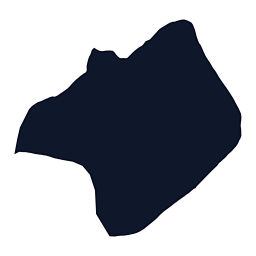 Jayshan, Abyan, Yemen
{"feature_id": "15242507B52959296866890", "entity_name": "Jayshan", "entity_type": "district", "adm_level": 2, "iso_a3": "YEM", "parent_name": "Yemen", "parent_adm1": "Abyan", "projection": "albers", "projection_center": [46.198, 14.169], "detail": "fine", "context": "isolated", "style": "filled", "palette": "ink", "viewbox_px": 256, "rotation_deg": 0, "n_neighbors": 0, "source": "geoboundaries", "source_scale": "gbopen_adm2", "svg_char_len": 3065}
<svg xmlns="http://www.w3.org/2000/svg" viewBox="0 0 256 256"><path d="M195.2,187.4L195.4,186.6L196.3,185.7L208.1,173.5L210.0,171.6L211.7,169.9L213.4,168.2L215.4,166.4L217.1,164.6L218.5,162.5L220.4,161.0L222.1,159.4L224.4,157.4L226.0,155.7L227.5,153.9L229.4,152.2L231.3,150.6L232.9,148.7L234.7,146.8L236.2,144.9L237.6,142.6L238.4,140.5L239.6,138.4L240.6,135.7L240.5,133.4L240.5,130.8L240.3,128.4L239.9,126.2L240.1,123.1L240.4,120.8L240.6,118.5L240.6,116.2L240.3,113.9L239.3,111.7L238.1,109.0L237.0,106.9L235.8,104.8L234.6,102.5L233.4,100.1L232.2,98.0L231.0,96.1L229.8,94.2L228.5,92.3L227.0,90.0L225.6,87.9L224.1,85.8L222.7,83.9L221.3,81.9L219.8,79.7L218.4,77.6L217.1,75.3L215.9,73.3L214.5,71.1L213.1,69.3L211.7,67.2L210.4,64.9L209.2,62.8L207.8,60.9L206.5,58.8L205.2,56.8L204.5,55.5L204.1,54.6L203.1,52.4L202.2,50.3L201.3,48.2L200.1,45.6L198.4,43.4L197.5,41.2L196.7,39.0L195.9,36.7L195.3,34.3L194.7,31.9L194.0,29.4L193.1,27.2L192.1,24.8L190.7,23.0L188.6,21.9L186.5,21.0L184.3,20.3L181.9,20.4L179.6,20.9L177.1,21.6L174.8,22.4L172.5,22.6L170.3,23.4L168.2,24.5L166.0,25.9L164.0,27.0L162.1,28.2L160.1,29.5L158.5,31.1L157.0,32.9L155.1,34.9L153.7,36.5L152.0,38.3L150.5,40.0L148.4,40.9L146.2,41.8L144.8,43.6L143.3,45.6L141.3,47.0L139.2,48.1L137.0,49.8L134.9,51.5L132.9,53.3L131.3,55.0L129.7,56.6L127.8,58.5L125.6,59.1L123.3,58.7L121.1,59.1L118.8,58.3L117.2,56.8L115.5,55.0L114.2,53.1L112.5,51.5L110.2,51.3L107.9,51.3L105.6,51.4L103.1,51.9L100.7,51.8L98.4,51.2L96.4,50.1L94.2,48.7L92.4,50.6L91.8,52.8L91.0,54.9L89.9,56.9L89.0,59.2L88.4,61.4L87.9,63.7L87.4,65.9L87.4,68.1L87.6,70.4L86.5,72.8L84.3,74.1L82.4,75.4L80.6,76.8L78.5,78.6L76.6,80.1L74.9,81.8L73.2,83.5L71.5,85.4L70.0,87.1L68.3,88.8L66.4,90.2L64.7,91.5L62.7,92.9L60.8,94.1L58.8,95.5L56.9,96.7L54.7,97.5L52.4,97.2L50.0,97.9L47.7,99.0L45.6,99.8L43.6,100.8L41.5,101.8L39.3,102.5L38.1,102.9L35.5,104.5L33.3,106.0L31.0,108.2L29.7,109.7L20.6,127.7L20.4,128.6L17.8,139.8L17.6,141.0L15.4,152.9L19.1,151.0L19.3,151.1L20.9,151.1L21.2,151.2L22.7,151.4L24.3,151.4L26.0,151.4L27.9,151.8L29.8,152.1L30.7,152.2L31.6,152.4L33.5,152.8L35.7,153.3L37.4,153.5L39.1,153.8L41.0,154.0L42.8,154.3L44.5,154.6L46.7,154.9L48.4,155.5L50.0,155.9L51.7,156.5L53.8,157.2L55.5,157.7L57.3,158.0L58.9,158.4L61.0,158.8L62.2,159.1L73.0,161.0L82.9,165.2L90.5,174.3L95.7,190.2L96.7,210.2L96.8,213.7L110.0,235.6L111.9,235.6L113.6,235.7L115.2,235.7L116.9,235.4L118.7,235.1L120.5,235.0L122.1,234.9L123.8,234.9L126.0,234.6L127.7,234.3L129.3,234.0L131.2,233.6L132.7,233.3L134.5,232.8L136.1,232.3L137.8,231.6L139.7,230.7L141.1,229.8L142.8,228.8L144.3,227.8L145.5,226.7L146.8,225.7L148.2,224.5L149.7,223.3L151.0,222.3L152.5,221.0L153.9,219.9L155.2,218.7L156.5,217.6L157.6,216.4L158.9,215.0L160.1,213.8L161.3,212.7L162.6,211.6L164.1,210.3L165.5,209.3L166.9,208.3L168.5,207.1L169.8,206.2L171.2,205.1L172.5,204.0L174.0,202.8L175.4,201.8L176.8,200.8L178.2,199.7L179.6,198.7L181.0,197.7L182.4,196.7L183.9,195.7L185.5,194.5L187.1,193.3L188.5,192.4L189.7,191.3L191.0,190.2L192.3,189.1L193.6,188.1L195.2,187.4Z" fill="#0f172a" stroke="#020617" stroke-width="1.5"/></svg>